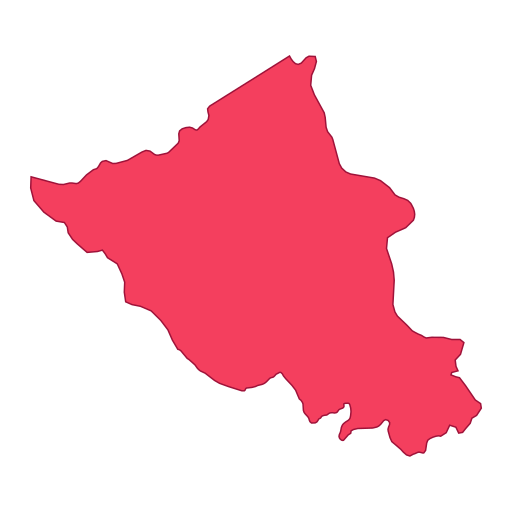 an SVG outline of Ladakh
{"feature_id": "IND-20012", "entity_name": "Ladakh", "entity_type": "Union Territory", "adm_level": 1, "iso_a3": "IND", "parent_name": "India", "parent_adm1": "", "projection": "mercator", "projection_center": [77.875, 33.921], "detail": "fine", "context": "isolated", "style": "filled", "palette": "rose", "viewbox_px": 512, "rotation_deg": 0, "n_neighbors": 0, "source": "natural_earth", "source_scale": "10m", "svg_char_len": 3727}
<svg xmlns="http://www.w3.org/2000/svg" viewBox="0 0 512 512"><path d="M289.5,56.0L291.1,58.9L293.1,61.6L295.5,63.7L298.2,64.4L301.3,63.1L306.1,57.8L309.0,56.2L315.2,56.5L316.4,61.5L314.5,68.6L311.6,75.2L310.7,85.3L314.4,94.9L324.2,112.8L325.2,117.5L326.1,127.3L327.6,131.7L331.9,137.2L332.8,139.5L339.3,163.7L341.7,168.1L345.9,172.0L350.5,174.0L374.5,178.1L380.6,180.7L389.6,187.7L395.0,194.9L399.0,197.2L403.9,198.7L407.7,200.4L410.7,203.3L411.4,204.5L413.4,208.4L414.3,211.3L414.7,214.3L414.4,217.3L413.4,220.2L405.7,227.7L395.5,232.2L387.5,237.7L386.5,248.5L391.7,264.0L393.5,272.1L394.2,280.3L392.9,304.5L394.9,311.9L397.4,316.1L407.0,325.3L407.2,325.5L412.2,330.8L415.2,332.5L418.3,334.1L421.5,335.4L423.8,336.9L426.2,338.0L429.1,337.6L431.7,337.3L443.3,337.4L451.7,339.5L460.1,339.5L463.9,342.6L460.5,354.3L455.2,360.0L456.0,366.4L458.0,370.8L451.7,372.5L451.0,374.9L455.8,376.8L459.5,377.7L465.5,385.6L475.3,400.0L480.6,403.6L481.3,408.2L476.6,415.4L471.9,418.2L470.2,423.3L465.6,428.6L462.6,432.4L458.7,433.1L455.9,427.2L449.7,425.2L446.2,432.7L440.7,436.2L438.6,435.8L436.0,436.2L432.9,437.2L429.9,438.6L427.8,440.2L426.7,443.0L425.6,450.4L423.8,452.9L422.9,453.0L420.1,452.3L418.9,452.1L417.4,452.5L414.8,453.7L413.4,454.1L409.9,456.0L406.5,454.9L403.4,452.2L400.7,449.2L391.8,441.6L390.0,437.6L388.2,431.1L388.0,429.2L388.6,426.9L389.5,424.8L389.7,422.7L388.2,420.5L385.7,419.6L383.7,420.6L380.6,424.4L378.8,426.0L376.9,427.0L372.7,428.0L357.7,428.5L353.5,429.5L351.1,430.8L350.7,433.3L348.3,434.8L343.5,440.3L342.5,440.4L341.5,440.1L340.3,439.2L339.4,437.9L339.0,436.3L339.4,434.4L340.2,432.7L340.7,431.1L341.4,427.4L342.1,425.7L342.6,424.8L343.5,423.7L345.6,422.0L348.3,420.3L349.3,419.3L350.0,418.2L350.3,417.1L350.6,415.6L351.0,411.8L350.9,410.0L350.7,408.1L349.9,405.0L349.5,404.1L349.2,403.6L348.5,403.3L347.8,403.2L345.7,403.3L344.8,403.4L344.0,403.7L343.8,404.2L344.0,406.3L343.6,407.3L342.7,408.1L340.0,409.1L338.8,409.8L337.3,412.0L336.2,412.7L334.5,413.0L332.5,412.7L330.7,412.8L329.3,413.2L326.8,415.0L324.4,415.3L322.6,415.8L321.5,416.5L320.9,417.6L320.3,418.2L319.4,418.6L318.6,419.2L317.9,420.5L316.8,422.0L315.1,422.9L311.5,423.0L310.0,421.7L309.3,420.1L308.8,418.3L307.8,416.7L305.2,413.9L304.1,412.4L303.4,410.4L303.0,403.9L302.4,402.4L301.1,400.4L299.3,398.9L295.6,390.1L292.0,385.4L285.8,378.8L283.4,375.8L282.4,373.9L281.1,372.6L280.2,372.3L279.3,372.5L278.3,373.1L276.3,374.1L276.1,374.2L274.7,375.8L273.9,376.6L273.0,377.2L271.0,377.7L270.1,378.1L269.2,378.9L266.4,381.8L264.9,383.0L263.5,383.8L262.0,384.4L257.6,385.5L255.5,386.5L252.0,387.4L246.7,388.0L246.2,388.2L245.7,388.7L245.0,390.2L244.3,390.8L241.9,390.8L228.3,386.5L219.5,383.3L214.5,380.4L205.2,373.2L200.5,371.0L198.9,369.8L197.5,368.4L195.0,364.9L189.2,359.7L187.2,358.4L180.8,350.7L179.3,349.7L177.8,349.3L172.4,340.1L167.9,329.8L160.7,320.3L151.2,310.9L140.5,306.3L132.0,304.6L125.7,301.8L124.3,292.2L124.7,282.2L121.9,273.9L117.3,263.9L107.5,257.7L105.2,253.8L102.4,250.1L97.5,251.5L87.1,252.4L82.6,248.5L77.2,243.8L72.6,239.4L68.2,232.8L67.3,227.0L64.4,222.5L56.1,221.1L43.9,212.2L33.9,200.6L30.7,188.0L31.1,176.8L58.9,184.3L63.5,184.5L69.7,183.0L71.9,183.0L76.3,183.6L78.3,183.1L80.5,181.3L86.5,174.9L93.4,169.7L96.3,168.8L97.0,168.4L98.4,166.7L100.6,162.9L102.3,161.4L106.0,160.6L112.7,163.5L116.1,163.4L127.4,160.4L142.0,152.0L146.0,150.4L150.0,151.1L154.6,154.5L156.3,155.1L158.1,155.2L167.2,153.2L168.6,152.4L178.2,143.2L179.2,140.7L178.8,133.8L179.6,130.9L182.2,128.8L185.9,127.6L189.6,127.2L192.5,128.0L195.3,129.8L196.9,130.1L198.2,129.1L200.2,126.8L206.6,121.7L208.2,119.5L208.9,115.5L208.0,112.0L207.6,108.8L209.6,106.2L210.3,105.7L249.9,80.9L289.5,56.0Z" fill="#f43f5e" stroke="#9f1239" stroke-width="1.5"/></svg>